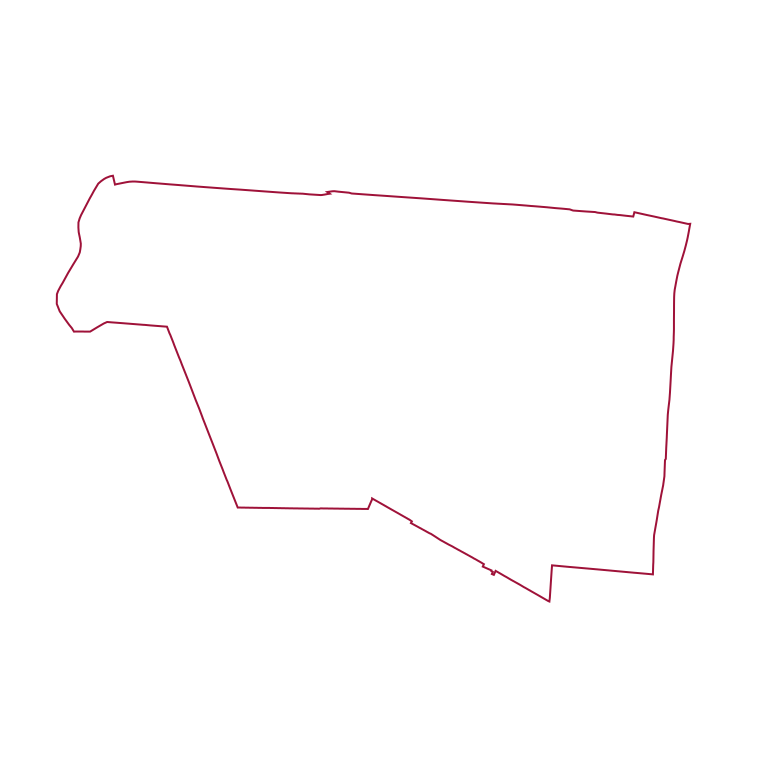 the district of Burwood, New South Wales, Australia, rotated 85°
{"feature_id": "25037944B28335850506337", "entity_name": "Burwood", "entity_type": "district", "adm_level": 2, "iso_a3": "AUS", "parent_name": "Australia", "parent_adm1": "New South Wales", "projection": "robinson", "projection_center": [151.103, -33.885], "detail": "fine", "context": "isolated", "style": "outline", "palette": "rose", "viewbox_px": 768, "rotation_deg": 85, "n_neighbors": 0, "source": "geoboundaries", "source_scale": "gbopen_adm2", "svg_char_len": 3402}
<svg xmlns="http://www.w3.org/2000/svg" viewBox="0 0 768 768"><g transform="rotate(85 384 384)"><path d="M233.5,148.4L231.9,156.4L231.1,158.7L230.7,161.4L229.8,167.4L227.7,180.4L227.3,181.4L226.2,183.8L224.9,190.9L223.7,198.0L222.1,206.5L220.6,215.2L219.7,220.6L219.7,220.8L218.7,226.4L216.4,240.0L213.6,259.7L212.8,264.8L212.0,270.0L209.7,284.7L209.1,288.4L206.5,304.7L205.0,314.0L202.3,330.7L198.7,353.7L196.6,366.9L194.9,377.8L191.4,399.6L190.4,402.1L188.5,412.3L188.0,414.7L187.6,416.6L187.5,418.7L187.8,423.7L189.7,421.5L189.8,423.5L190.1,426.5L190.3,429.3L190.3,430.4L188.6,441.7L187.3,448.6L187.0,451.2L186.1,458.2L185.8,460.4L184.2,470.8L183.2,477.1L181.1,490.1L177.9,509.9L176.4,519.6L173.8,535.7L170.9,553.5L170.3,557.0L168.2,569.5L167.8,571.8L166.4,580.3L165.1,587.9L164.0,594.4L161.9,606.6L160.7,613.7L160.4,616.6L160.3,620.0L160.5,622.9L161.6,632.9L161.9,634.6L152.9,635.9L153.2,638.7L154.4,642.8L155.4,645.0L157.3,648.2L159.5,651.2L166.4,656.2L169.9,658.5L173.4,660.9L189.4,671.1L192.6,672.8L196.4,674.3L201.4,674.8L206.0,674.9L208.0,674.7L211.3,674.3L215.0,674.0L217.7,673.8L220.3,674.1L223.4,674.8L226.4,675.6L228.9,676.9L230.4,677.7L237.8,683.2L245.8,689.0L255.4,695.4L258.4,697.6L262.9,700.5L266.0,702.0L275.7,703.0L283.4,700.7L291.3,696.3L297.6,692.5L301.1,690.1L304.8,688.3L304.9,685.9L306.2,672.2L302.6,664.9L299.3,657.9L298.1,654.4L299.0,649.1L299.5,646.0L300.6,639.3L304.1,618.4L304.2,617.5L305.3,611.5L308.0,595.2L315.0,593.2L316.2,592.7L324.3,590.3L327.3,589.5L339.5,585.9L343.2,584.7L346.8,583.7L356.8,580.7L365.2,578.2L370.1,576.8L383.5,573.0L386.4,572.1L392.6,570.2L401.6,567.7L401.8,567.7L406.5,566.3L420.2,562.3L429.0,559.7L439.0,556.8L446.3,554.8L455.3,552.1L457.5,551.5L466.0,549.0L467.3,548.5L475.6,546.1L494.3,540.5L497.0,514.4L497.3,510.8L499.7,488.1L502.4,461.2L502.6,459.4L502.4,458.1L504.8,434.1L507.1,410.9L499.8,407.0L497.9,405.9L497.0,405.8L521.7,370.1L523.3,368.2L524.9,369.3L527.6,365.2L536.7,351.6L537.3,350.4L540.0,346.9L543.7,342.2L544.4,341.3L545.0,340.4L549.7,333.4L551.3,330.8L552.5,329.0L552.9,328.5L553.3,327.9L565.1,310.3L565.4,310.0L566.2,308.7L570.5,302.5L571.2,301.6L572.2,300.2L574.5,301.5L579.0,293.3L579.5,293.5L580.6,292.0L582.7,293.1L583.7,291.2L579.9,289.1L581.6,286.6L582.8,284.9L584.0,283.2L586.0,280.4L586.5,279.6L586.7,279.3L590.2,274.4L591.2,272.9L596.1,265.7L598.8,262.0L599.0,261.6L602.9,256.0L603.8,254.7L611.8,243.2L614.6,239.2L615.1,238.2L611.3,237.4L585.4,233.4L579.3,232.4L582.2,216.4L583.6,208.4L587.5,186.3L593.9,150.8L594.2,149.0L596.0,138.8L597.1,132.7L587.7,131.6L585.0,131.2L573.5,130.0L560.8,128.5L558.1,128.1L543.9,124.3L533.9,121.8L530.8,120.8L519.0,117.6L508.8,114.6L508.1,114.5L506.9,114.2L500.4,112.7L496.2,112.2L484.3,110.7L483.2,109.8L472.1,108.4L462.2,107.0L459.8,106.7L439.5,104.0L434.6,103.1L424.5,101.0L417.7,99.9L405.9,98.2L399.5,97.3L392.0,96.2L376.1,93.2L369.1,92.1L365.4,91.6L362.4,91.3L357.5,90.7L354.8,90.4L344.6,89.5L337.4,88.8L329.7,88.1L322.8,87.4L319.1,86.9L315.5,86.2L311.9,85.2L307.5,84.0L301.6,82.3L298.1,81.1L290.5,78.4L289.7,78.1L282.9,75.3L277.9,73.3L272.4,71.3L267.1,69.5L264.5,68.7L258.5,67.0L256.2,66.4L251.1,65.0L251.1,67.0L250.5,69.0L248.4,75.6L247.7,78.0L246.9,80.4L244.1,89.4L243.4,91.6L243.1,92.8L241.3,98.5L240.7,100.4L238.5,107.6L234.7,119.6L238.9,121.1L237.5,128.3L236.3,134.1L235.9,136.6L235.2,139.7L235.0,141.3L233.5,148.4Z" fill="none" stroke="#9f1239" stroke-width="2"/></g></svg>